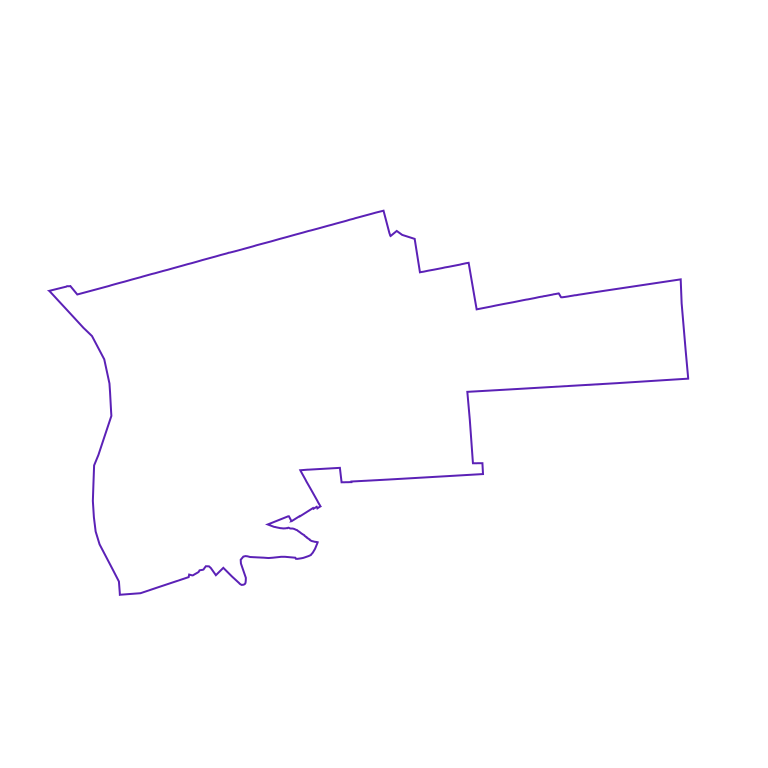 the district of Calarasi, Calarasi, Romania, rotated 79°
{"feature_id": "2599482B19108190485382", "entity_name": "Calarasi", "entity_type": "district", "adm_level": 2, "iso_a3": "ROU", "parent_name": "Romania", "parent_adm1": "Calarasi", "projection": "equal_earth", "projection_center": [27.34, 44.223], "detail": "fine", "context": "isolated", "style": "outline", "palette": "violet", "viewbox_px": 768, "rotation_deg": 79, "n_neighbors": 0, "source": "geoboundaries", "source_scale": "gbopen_adm2", "svg_char_len": 4296}
<svg xmlns="http://www.w3.org/2000/svg" viewBox="0 0 768 768"><g transform="rotate(79 384 384)"><path d="M436.8,84.4L436.3,84.3L408.7,81.5L363.1,76.6L362.0,76.5L337.9,72.8L337.3,86.7L335.6,125.8L334.5,151.0L333.8,168.4L333.7,171.6L333.5,176.1L333.5,178.2L333.4,179.2L333.3,179.8L333.3,180.3L333.3,180.6L333.3,181.4L333.2,184.8L333.2,186.4L333.1,188.8L333.0,190.5L332.9,192.3L332.7,193.5L332.3,193.8L328.5,195.1L328.4,195.2L328.4,197.8L328.4,199.0L328.3,200.3L328.4,201.5L328.4,203.2L328.4,204.7L328.4,206.3L328.4,208.6L328.3,210.3L328.4,211.9L328.3,213.4L328.3,216.0L328.4,219.4L328.4,221.1L328.4,225.0L328.4,226.6L328.3,228.3L328.3,231.8L328.4,241.6L328.3,250.9L328.3,259.4L328.4,263.8L328.4,265.1L328.4,275.5L328.4,278.8L317.4,278.6L281.2,277.8L281.1,280.7L281.2,285.0L281.2,285.3L281.3,286.4L281.3,290.1L281.3,293.2L281.3,295.2L281.3,298.3L281.2,301.8L281.3,304.8L281.3,308.6L281.3,312.9L281.2,319.1L281.3,323.6L281.2,326.3L281.2,327.4L247.4,326.2L241.1,337.7L236.2,342.3L240.0,349.3L239.5,349.6L238.7,349.6L236.9,349.9L213.8,351.4L214.2,359.3L214.6,364.3L215.2,372.7L215.6,378.1L215.7,379.9L215.8,381.0L216.0,382.4L216.2,386.3L216.6,389.9L216.8,392.5L217.0,395.5L217.4,401.0L217.7,404.4L218.0,409.1L218.7,417.7L219.1,423.4L219.2,424.8L219.3,426.3L219.4,429.0L219.9,434.6L220.5,443.0L221.2,451.5L221.7,458.7L222.5,467.8L222.9,473.8L223.1,477.0L223.5,482.8L223.9,486.3L225.3,505.0L225.6,510.4L225.5,511.2L225.8,513.2L226.2,519.4L226.7,524.9L227.1,530.5L227.7,538.7L228.1,542.9L228.3,545.1L228.7,549.9L228.9,553.8L229.4,559.6L229.7,563.5L230.2,569.8L230.6,574.4L230.9,579.6L231.0,580.4L231.1,581.9L231.3,584.3L231.6,587.9L231.7,590.6L232.0,594.4L232.5,600.6L232.7,602.3L233.1,608.0L233.2,609.4L233.3,610.9L233.5,613.3L233.7,615.4L234.0,619.0L234.1,620.5L234.3,623.8L234.7,629.2L235.0,632.8L235.3,635.3L237.6,668.0L232.8,670.6L228.0,673.2L228.0,674.3L227.5,676.5L227.8,677.2L228.4,689.1L228.7,694.8L228.8,694.7L229.3,694.4L230.3,693.8L233.0,692.1L240.0,687.8L249.0,682.2L253.7,679.3L262.3,674.0L271.4,668.4L280.5,662.0L281.2,661.5L292.8,658.0L306.4,653.9L331.1,653.4L339.9,654.5L359.4,657.2L363.3,657.7L388.5,671.9L399.2,677.9L408.6,684.1L425.8,688.1L443.2,692.1L459.4,694.2L473.8,695.2L487.1,693.8L499.2,690.2L515.3,685.4L527.3,681.9L531.6,682.4L538.4,683.2L540.5,683.5L540.5,683.4L542.1,669.8L542.9,663.0L540.6,645.7L536.3,612.6L533.9,611.6L535.3,608.7L535.3,607.8L534.8,606.6L533.8,603.6L533.3,602.2L533.0,601.7L531.7,600.6L531.8,597.2L531.6,596.5L530.0,594.9L528.9,593.6L529.6,590.6L531.6,589.1L539.6,585.5L533.8,576.8L543.9,570.0L551.9,564.1L552.5,563.8L553.4,562.9L554.1,562.0L554.2,560.0L553.8,558.8L552.8,557.9L550.6,557.2L547.9,556.6L532.9,558.7L529.2,558.2L526.6,555.0L526.5,552.8L527.1,550.9L528.3,548.4L531.6,535.0L532.8,530.6L533.3,526.3L534.0,518.0L534.7,514.3L537.6,504.2L538.0,504.0L538.7,503.9L539.1,502.7L539.2,500.9L539.3,498.8L539.3,496.6L539.1,494.9L538.5,490.8L538.1,489.2L537.9,488.4L537.3,487.8L536.0,486.1L532.6,483.1L527.4,479.7L526.7,479.3L526.6,479.5L526.3,480.1L525.9,481.4L525.8,481.6L525.6,482.3L525.2,483.0L524.9,483.7L524.4,484.8L524.0,485.4L522.9,486.6L522.5,486.6L521.0,488.2L519.9,489.0L520.0,489.1L518.6,490.2L518.2,490.6L517.7,491.0L517.2,491.1L516.1,492.4L514.7,493.8L512.8,495.4L512.5,495.9L510.8,497.3L510.6,497.8L509.1,499.9L508.6,500.9L508.4,501.4L508.3,502.1L508.1,503.1L507.7,504.0L506.9,505.0L506.8,505.5L507.1,506.3L506.9,507.1L506.9,508.0L506.6,510.3L506.0,512.2L505.6,513.6L505.2,514.5L504.0,517.4L503.8,517.6L503.3,519.1L499.7,524.9L496.1,506.0L495.6,503.4L495.7,502.6L500.9,501.0L501.0,501.1L501.0,500.7L500.9,500.6L500.0,498.2L497.6,492.0L497.9,491.9L492.2,477.3L493.0,477.0L492.2,474.8L491.7,473.5L492.8,473.2L493.1,473.0L493.3,473.0L492.9,472.0L492.7,471.6L492.5,471.0L492.2,470.3L492.0,469.7L491.8,469.8L491.1,470.0L490.5,470.2L490.2,470.3L489.8,470.5L489.5,470.6L489.1,470.7L488.6,470.9L487.4,471.3L487.1,471.4L486.3,471.6L472.7,476.1L464.8,478.8L463.0,479.3L453.8,482.3L452.7,482.6L453.5,475.5L453.8,473.6L457.9,443.3L472.4,444.4L474.1,434.7L473.5,434.6L476.3,414.7L478.7,397.3L480.9,381.1L486.8,337.4L488.4,325.5L491.3,304.0L480.5,302.5L478.8,311.8L478.6,311.8L457.1,309.2L435.5,306.6L407.6,303.7L410.2,284.6L414.2,255.1L418.2,225.3L427.6,155.4L432.2,119.8L435.2,96.6L436.8,84.4Z" fill="none" stroke="#5b21b6" stroke-width="2"/></g></svg>